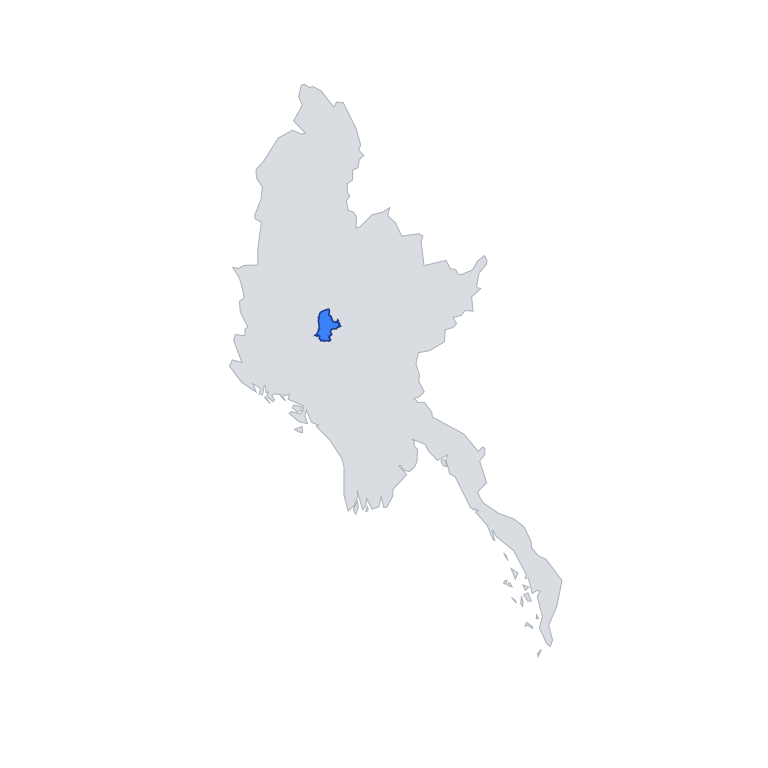 Myingyan, Mandalay, Myanmar (highlighted), rotated 340°
{"feature_id": "60261553B69002423633875", "entity_name": "Myingyan", "entity_type": "district", "adm_level": 2, "iso_a3": "MMR", "parent_name": "Myanmar", "parent_adm1": "Mandalay", "projection": "albers", "projection_center": [95.599, 21.47], "detail": "fine", "context": "in_parent", "style": "filled", "palette": "blue", "viewbox_px": 768, "rotation_deg": 340, "n_neighbors": 0, "source": "geoboundaries", "source_scale": "gbopen_adm2", "svg_char_len": 8212}
<svg xmlns="http://www.w3.org/2000/svg" viewBox="0 0 768 768"><g transform="rotate(340 384 384)"><path d="M492.6,346.0L485.2,342.6L480.0,346.0L471.8,345.0L472.8,352.1L468.2,354.5L460.0,354.0L455.3,365.0L438.2,368.2L427.0,366.3L420.9,376.1L420.6,387.1L417.6,393.7L419.1,405.2L411.8,408.3L407.3,407.6L409.8,412.9L415.6,415.1L419.2,426.9L418.2,431.5L442.0,458.5L449.5,479.8L455.0,476.8L456.8,478.9L454.6,484.6L447.5,489.1L446.7,511.8L435.0,517.4L435.5,525.0L437.0,530.3L447.8,545.2L459.8,555.2L466.7,566.1L468.4,582.0L466.8,588.7L470.2,598.2L476.4,604.4L484.0,629.5L470.4,652.0L456.3,666.9L454.8,682.4L450.2,687.6L448.0,682.8L446.6,666.6L453.4,656.3L455.2,636.4L459.6,632.1L457.2,630.2L451.6,631.6L453.3,615.6L450.1,615.0L452.6,611.5L448.7,584.8L437.6,566.1L436.0,557.9L434.5,569.0L433.2,566.8L432.6,552.0L426.2,535.8L426.8,534.4L429.7,535.8L427.0,532.1L424.8,533.0L422.9,529.0L419.1,495.4L415.0,490.6L416.4,476.1L419.3,472.4L408.1,474.0L402.7,461.8L402.3,455.0L391.1,445.0L393.0,448.2L391.1,451.6L393.0,457.3L388.5,468.0L383.9,472.9L377.8,474.9L373.0,471.9L371.9,466.2L370.0,466.1L374.4,476.9L356.4,486.1L353.7,492.5L344.4,500.9L341.5,499.8L343.0,488.5L337.5,497.5L330.0,497.7L328.4,485.6L325.3,492.6L320.9,494.8L322.4,474.6L321.1,480.4L313.9,488.4L306.8,491.0L308.5,474.3L318.1,448.1L318.9,439.4L314.0,418.4L306.0,400.6L308.3,400.3L302.8,395.2L302.2,382.1L298.8,386.8L298.4,395.0L291.4,390.6L284.8,379.1L287.5,378.1L295.2,383.6L299.6,380.7L300.7,377.0L288.7,365.6L291.8,361.1L287.8,361.2L277.5,355.7L274.6,356.6L275.8,361.4L273.6,362.7L269.7,355.4L272.7,351.9L270.2,351.7L271.9,345.3L271.0,344.4L266.0,352.8L263.2,350.7L266.4,346.5L265.2,344.0L260.9,338.9L261.1,347.9L250.7,333.6L244.9,314.3L249.7,309.5L257.9,315.3L257.6,291.7L261.2,286.7L269.7,291.1L272.2,285.1L275.5,283.6L273.6,267.3L276.4,256.9L282.1,255.2L283.5,246.8L284.4,235.3L281.8,222.6L286.9,225.7L292.7,224.6L306.2,229.1L311.4,214.3L324.1,190.2L319.5,184.6L320.3,181.2L331.4,168.6L337.1,157.3L334.7,147.1L337.0,138.8L347.1,133.5L368.7,116.7L384.8,114.3L391.5,120.8L396.0,121.4L389.1,105.8L402.6,94.1L402.1,84.8L408.4,75.0L412.0,75.3L415.3,80.0L418.8,80.0L425.1,87.0L431.4,106.5L435.9,102.9L441.9,105.6L445.1,134.5L443.8,151.4L440.2,155.4L443.1,162.3L437.4,164.9L433.6,171.7L427.8,172.3L424.0,181.6L418.2,183.1L415.2,190.3L415.9,195.8L411.3,199.0L409.8,208.5L414.0,212.1L415.3,217.2L411.1,227.8L414.8,228.2L430.7,220.9L442.1,222.0L449.7,220.2L445.0,227.4L450.0,236.7L451.2,251.1L468.3,254.8L471.1,258.4L467.5,263.0L462.1,286.4L484.6,289.1L485.6,298.1L490.5,301.2L491.3,306.2L494.3,307.7L506.4,307.0L513.4,300.7L522.4,297.7L523.1,302.8L521.2,306.6L511.3,312.2L504.8,323.1L504.4,325.4L507.6,327.4L496.1,332.1L492.6,346.0ZM291.9,372.9L299.1,377.3L297.7,380.5L293.1,380.7L289.6,375.0L291.9,372.9ZM440.4,600.9L445.3,607.5L440.6,612.2L440.4,600.9ZM290.8,402.0L287.0,399.5L284.4,395.9L292.5,396.0L290.8,402.0ZM447.9,629.5L448.2,638.3L445.1,637.4L443.0,630.0L447.9,629.5ZM317.9,491.0L312.9,496.6L312.1,491.7L319.0,484.8L317.9,491.0ZM414.6,482.9L411.6,481.2L411.1,476.0L413.5,474.5L415.3,477.0L414.6,482.9ZM438.1,640.4L437.3,637.5L440.5,630.4L440.0,636.6L438.1,640.4ZM436.5,656.8L440.8,663.3L440.1,664.6L436.2,659.5L433.7,659.9L436.5,656.8ZM450.6,624.5L446.2,626.4L445.8,620.4L450.6,624.5ZM441.2,687.2L435.5,693.0L436.2,689.8L441.2,687.2ZM268.4,356.3L270.3,363.6L267.0,355.0L268.4,356.3ZM440.2,587.0L440.1,592.4L438.5,583.6L440.2,587.0ZM285.0,361.7L285.6,366.3L282.6,359.7L285.0,361.7ZM434.9,618.4L431.6,615.7L432.6,613.7L434.3,614.1L434.9,618.4ZM432.4,610.5L430.4,614.2L428.2,612.0L429.9,610.4L432.4,610.5ZM433.2,632.1L433.4,635.3L430.9,628.0L433.2,632.1ZM325.5,497.6L323.2,497.5L326.3,493.9L326.6,495.2L325.5,497.6ZM449.0,657.2L446.8,656.7L448.4,653.1L449.0,657.2Z" fill="#d9dde1" stroke="#a8b0b8" stroke-width="1"/><path d="M335.7,314.7L336.4,314.9L336.6,315.0L336.8,315.3L337.1,315.6L337.1,316.0L337.5,316.3L337.8,316.3L338.1,316.2L338.4,316.1L338.6,316.2L338.8,316.1L339.0,315.7L339.2,315.8L339.5,316.5L339.5,316.8L339.5,317.0L339.7,317.4L339.6,317.8L339.5,318.1L339.3,318.3L339.1,318.4L338.9,318.6L338.6,318.8L338.7,319.1L338.9,319.7L339.1,319.9L339.3,320.3L339.4,320.6L339.4,320.9L339.4,321.1L339.5,321.2L339.4,321.3L339.4,321.7L339.4,321.8L339.7,321.8L339.8,321.7L340.0,321.5L340.3,321.4L340.4,321.5L340.5,321.8L340.9,321.7L341.2,321.8L341.3,321.9L341.3,322.3L341.5,322.9L341.8,323.0L342.0,323.2L342.5,323.0L342.8,323.0L343.1,323.1L343.3,323.4L343.8,323.5L344.0,323.5L344.3,323.6L344.8,323.8L345.1,323.8L345.5,323.9L345.6,324.0L345.8,324.1L346.3,324.3L346.8,324.9L347.0,324.9L347.1,324.7L347.4,324.7L347.5,324.8L347.7,324.7L347.9,324.7L348.0,324.7L347.9,324.6L348.0,324.5L348.0,324.4L348.3,324.2L348.4,324.3L348.5,324.2L348.8,324.0L348.9,323.9L348.8,323.7L348.7,323.7L348.8,323.2L348.7,323.1L348.7,322.8L348.5,322.7L348.4,322.6L348.1,322.1L348.3,321.9L348.5,321.7L348.4,320.5L348.8,320.8L348.8,320.6L349.0,320.4L349.3,320.5L349.6,320.6L349.8,320.5L349.8,320.2L349.8,319.9L350.2,319.9L350.3,319.9L350.5,319.9L350.7,319.7L350.8,319.7L351.0,319.8L351.2,320.0L351.6,319.9L351.8,319.6L352.0,319.2L351.9,319.0L351.9,318.8L351.8,318.6L351.7,318.5L351.5,318.1L351.6,317.8L351.6,317.7L351.7,316.9L351.8,316.7L351.9,316.4L352.0,316.2L352.0,315.9L352.0,315.6L352.5,315.4L352.4,315.3L352.6,315.1L352.8,314.8L353.0,314.9L353.4,314.8L353.6,314.7L353.8,314.7L353.9,314.8L354.1,314.7L354.5,314.7L354.8,314.7L354.9,314.8L355.1,314.7L355.2,314.8L355.4,314.8L355.5,314.8L355.9,314.9L356.2,315.0L356.4,315.3L356.7,315.4L356.9,315.5L357.0,315.5L357.4,315.7L357.6,315.7L357.9,315.9L358.0,315.8L357.9,315.6L358.0,315.6L358.4,315.6L358.5,315.5L358.7,315.3L358.9,315.3L359.2,315.3L359.4,315.0L359.5,315.0L359.7,314.9L359.8,314.9L359.8,314.7L360.1,314.6L360.2,314.4L360.3,314.5L360.5,314.8L360.6,314.7L360.8,314.7L361.0,314.7L361.1,314.8L361.3,314.9L361.4,315.0L361.6,315.1L362.0,314.7L362.4,314.8L362.6,314.8L362.5,314.7L362.6,314.4L362.9,314.0L362.9,313.8L362.9,313.5L362.7,313.3L362.3,313.2L362.2,313.2L361.9,312.8L361.9,312.6L361.9,312.4L362.0,312.1L362.3,311.9L362.6,311.9L362.8,311.9L362.9,311.7L363.0,311.4L362.8,311.3L362.6,311.2L362.3,311.1L362.1,311.0L361.8,310.8L361.7,310.8L361.6,310.5L361.7,310.3L361.7,310.1L362.1,310.2L362.2,309.7L362.3,309.4L362.4,309.1L362.6,309.0L362.8,309.0L362.9,308.7L362.7,308.4L362.7,308.6L362.7,308.9L362.4,308.9L362.1,309.0L361.8,308.9L361.7,308.9L361.4,308.9L361.2,308.9L361.0,309.0L360.7,309.1L360.4,309.1L360.3,309.3L360.2,309.1L360.0,309.3L359.9,309.3L359.9,309.2L359.7,309.2L359.7,309.4L359.4,309.4L359.3,309.2L359.0,309.0L358.8,308.9L358.7,308.8L358.5,308.7L358.3,308.7L358.2,308.5L358.0,308.4L357.8,308.2L357.7,308.2L357.6,307.7L357.7,307.3L357.6,307.2L357.6,306.8L357.6,306.7L357.3,306.4L357.2,306.2L357.0,305.7L357.1,305.3L357.1,305.2L356.8,305.0L357.1,304.7L357.4,304.7L357.1,304.1L357.1,303.7L357.2,303.3L357.3,303.2L357.5,302.8L357.6,302.7L357.4,302.5L357.3,302.4L357.2,302.2L356.9,302.1L356.9,301.9L356.8,301.6L356.9,301.4L356.8,301.2L356.7,301.0L356.4,301.0L356.1,301.0L355.8,300.9L355.7,300.7L355.8,300.6L355.8,300.4L355.8,300.1L356.0,299.8L356.2,299.6L356.4,299.3L356.4,299.2L356.4,298.7L356.8,298.3L357.2,298.0L357.5,297.5L357.4,296.9L357.7,296.4L357.8,296.0L357.8,295.8L358.0,295.4L357.8,295.1L357.7,294.8L357.2,294.5L356.8,294.5L356.4,294.6L356.0,294.6L355.4,294.6L354.8,294.3L354.6,294.2L354.4,294.3L354.1,294.4L353.8,294.5L353.4,294.6L352.2,294.5L351.7,294.4L351.3,294.5L351.0,294.5L350.8,294.5L350.1,294.8L349.4,294.8L349.2,295.0L348.8,295.0L348.2,295.3L347.9,295.7L347.6,296.2L347.4,296.4L347.2,296.5L347.3,296.6L346.8,297.2L346.6,297.6L346.1,298.2L345.9,298.6L345.6,298.6L345.2,298.7L345.0,298.9L345.1,299.0L345.3,299.3L345.6,299.8L345.6,300.0L345.4,300.2L345.4,300.4L345.3,300.6L344.9,300.8L344.6,301.0L344.4,301.1L344.2,301.3L344.2,301.5L344.0,301.8L343.9,302.3L343.9,302.6L343.9,303.3L343.9,303.7L343.6,304.0L343.4,304.5L343.3,304.9L343.3,305.5L343.2,305.7L343.2,305.8L343.1,306.8L342.9,307.2L342.6,307.6L342.5,308.4L342.8,309.3L342.4,310.1L341.5,310.0L341.0,310.1L341.0,310.6L341.1,311.2L340.8,311.4L340.8,311.5L340.2,311.9L339.9,312.0L339.6,312.5L339.1,312.9L338.2,313.7L337.8,314.6L337.6,314.7L337.4,314.6L336.8,314.3L336.4,314.3L335.7,314.7Z" fill="#3b82f6" stroke="#1e3a8a" stroke-width="1.5"/></g></svg>